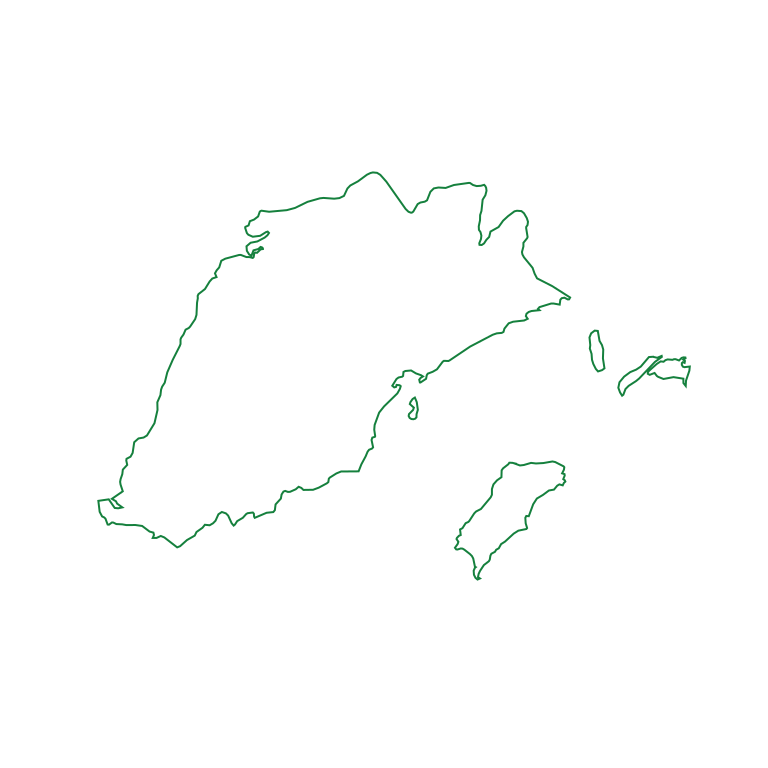 SVG path tracing the border of Sumatera Utara, rotated 259°
{"feature_id": "IDN-381", "entity_name": "Sumatera Utara", "entity_type": "Province", "adm_level": 1, "iso_a3": "IDN", "parent_name": "Indonesia", "parent_adm1": "", "projection": "albers", "projection_center": [98.746, 1.854], "detail": "fine", "context": "isolated", "style": "outline", "palette": "green", "viewbox_px": 768, "rotation_deg": 259, "n_neighbors": 0, "source": "natural_earth", "source_scale": "10m", "svg_char_len": 6155}
<svg xmlns="http://www.w3.org/2000/svg" viewBox="0 0 768 768"><g transform="rotate(259 384 384)"><path d="M433.4,583.2L431.8,581.9L431.9,580.6L434.3,577.6L434.3,574.8L433.1,573.2L428.4,571.6L430.6,565.9L431.1,563.4L429.8,551.3L428.4,549.5L426.8,550.7L427.5,542.7L427.1,539.8L425.8,537.3L423.6,536.2L420.6,537.5L419.6,533.7L420.5,522.6L419.8,518.0L415.4,512.8L412.3,511.2L411.7,509.3L412.2,504.4L411.6,500.1L404.3,475.7L394.6,452.8L394.3,451.6L395.3,447.3L394.7,445.9L388.3,438.8L386.7,434.1L385.8,428.9L384.4,427.6L381.1,426.3L378.5,420.1L378.7,419.5L381.5,419.4L383.0,421.1L384.0,423.7L385.6,422.0L388.3,417.4L392.1,413.2L392.7,407.4L392.1,405.4L388.3,404.3L387.7,403.3L387.6,399.5L386.5,397.2L380.7,391.8L378.7,393.4L378.9,395.3L380.7,396.2L379.8,399.1L378.7,400.0L376.2,398.7L372.2,395.3L362.0,379.8L356.9,373.8L345.6,367.0L341.0,365.7L334.5,365.4L333.9,365.0L333.6,362.3L331.4,361.1L323.9,361.2L322.9,359.9L322.3,356.8L320.7,355.0L316.5,352.2L309.4,346.4L303.1,342.4L306.3,325.2L305.3,320.2L302.5,313.0L301.6,311.8L298.3,310.6L297.4,308.9L294.7,300.2L293.7,294.2L295.4,284.7L297.8,283.0L299.4,280.6L297.5,277.3L296.1,271.2L296.4,269.1L297.9,266.6L297.6,264.8L295.1,262.4L291.2,260.9L286.5,254.6L281.0,252.8L279.4,250.9L280.0,244.2L277.3,231.6L278.5,231.2L281.6,231.5L282.9,230.7L283.2,225.5L282.7,224.0L279.6,219.9L277.4,213.7L274.5,210.9L273.7,209.4L276.4,207.9L284.6,205.9L287.2,204.1L289.3,200.4L287.7,196.6L281.9,192.5L279.9,189.6L278.6,185.9L280.0,181.3L277.5,178.4L274.5,171.7L271.3,169.3L268.4,160.8L263.7,152.9L263.1,149.8L275.3,139.1L277.4,135.9L276.3,131.3L277.0,127.6L279.7,129.4L282.1,129.3L283.9,125.7L290.8,119.5L293.0,113.1L294.7,104.1L296.2,100.2L297.6,94.5L299.6,91.9L300.0,90.6L298.4,87.2L298.8,85.9L304.9,84.9L306.4,83.9L307.8,82.0L312.8,80.5L323.8,81.3L323.3,91.8L313.7,96.0L312.7,99.4L312.8,103.6L317.5,99.2L320.0,98.5L323.2,95.0L328.5,107.1L335.6,106.2L338.3,106.3L340.9,107.3L345.4,109.9L349.8,111.3L353.6,116.5L358.1,116.4L359.7,117.0L361.0,121.3L364.3,124.1L374.5,127.7L377.4,132.6L377.3,137.8L378.7,141.5L389.3,151.2L401.7,156.7L409.3,158.0L415.7,162.4L421.0,164.1L423.7,165.7L427.1,169.0L436.8,173.5L448.0,181.2L460.2,190.7L462.1,191.9L466.7,192.8L468.2,193.8L470.8,196.6L475.2,199.6L476.2,203.0L477.3,204.6L483.7,211.0L487.6,213.1L499.5,216.0L503.7,217.6L506.0,217.9L507.6,219.0L511.4,226.4L517.9,232.4L520.3,235.6L520.9,240.0L524.9,239.2L527.5,241.4L529.9,244.5L536.0,247.8L537.3,252.1L538.3,266.4L538.0,268.1L534.9,273.1L534.2,276.3L532.8,279.2L533.5,280.3L536.6,281.4L537.7,282.6L537.0,284.4L539.7,288.6L539.6,290.9L540.3,291.0L541.4,290.3L542.1,289.0L540.5,286.4L540.1,281.4L535.3,278.4L536.8,276.4L540.9,274.8L545.4,275.3L548.1,280.0L548.1,286.9L550.5,294.8L552.2,297.9L554.2,299.9L555.8,298.9L555.6,297.1L553.1,290.7L553.6,283.3L556.4,279.3L558.3,278.2L563.8,277.5L564.7,277.9L565.5,281.3L569.4,283.4L570.2,287.8L572.5,292.4L576.8,294.9L577.3,295.7L577.5,296.8L575.0,304.1L573.2,321.7L573.8,330.2L577.4,343.7L578.5,356.5L578.2,360.1L575.4,370.5L575.0,375.7L576.3,380.6L582.9,385.4L585.3,388.8L587.9,397.1L592.7,407.2L593.7,411.0L593.8,413.5L592.6,417.5L590.0,420.3L582.2,424.9L551.7,438.6L548.4,440.9L547.1,443.0L546.9,444.0L547.6,445.6L554.2,451.4L555.2,454.4L555.2,458.8L556.1,461.3L563.8,466.2L566.5,470.2L566.5,474.9L564.7,481.9L566.0,490.6L565.2,505.8L564.9,506.8L562.4,509.3L560.6,512.7L560.1,516.9L560.4,520.3L559.0,521.2L557.1,521.7L554.1,521.5L549.9,519.5L546.1,516.0L535.3,512.7L531.5,510.6L526.4,509.5L520.7,507.1L517.2,506.6L514.7,507.7L511.1,507.9L507.9,506.9L504.0,504.4L502.4,504.3L501.8,506.4L502.9,509.0L506.0,512.0L508.3,515.3L513.3,517.6L516.2,526.4L521.6,532.1L525.1,537.8L528.6,545.0L528.7,547.6L527.5,551.9L524.9,554.0L519.7,555.8L515.8,556.3L512.6,555.2L511.1,553.6L510.0,553.3L500.9,553.0L499.8,552.3L496.0,547.8L492.4,547.1L487.2,544.6L484.7,544.6L481.6,545.6L469.7,552.0L463.6,552.9L458.5,554.4L448.0,567.8L433.4,583.2ZM281.5,490.7L282.8,492.0L282.2,494.8L280.2,499.2L280.2,498.4L278.1,501.9L277.8,505.8L278.5,513.3L277.0,518.0L276.0,525.3L275.8,534.6L274.7,537.2L268.9,544.6L267.9,545.1L265.6,544.3L262.3,541.8L261.1,544.0L259.6,543.9L256.4,541.8L255.0,543.1L253.6,543.4L252.6,541.7L250.4,540.1L252.0,537.0L251.1,534.6L247.9,530.7L248.0,525.6L244.8,518.9L242.4,512.2L237.5,507.5L226.6,500.9L227.3,498.5L225.7,497.2L220.2,496.5L215.3,497.0L214.5,496.1L214.4,487.9L212.4,482.8L206.2,472.7L204.5,468.4L200.8,465.3L199.9,462.5L198.1,460.9L196.9,457.0L195.2,455.7L191.4,454.3L190.0,453.1L187.2,447.5L182.2,442.6L179.6,440.7L176.5,439.4L174.8,441.1L174.2,438.5L176.3,436.8L179.6,435.9L183.6,436.4L186.2,438.1L186.7,439.1L187.3,438.4L195.6,438.3L198.3,437.5L200.7,435.9L206.1,431.2L207.4,429.7L207.9,428.0L207.5,424.5L207.9,423.3L209.7,422.4L212.8,425.7L214.9,426.9L218.0,425.6L219.0,426.2L220.7,428.6L221.1,430.5L226.7,430.9L227.5,433.5L231.8,437.6L232.5,440.5L233.3,441.6L239.8,447.9L241.3,450.1L242.8,455.3L252.4,467.1L254.7,468.8L260.3,469.9L264.6,472.3L267.9,476.6L270.1,481.5L276.8,483.0L278.5,484.8L281.5,490.7ZM352.7,671.8L353.0,673.4L352.7,675.0L350.8,678.1L352.8,681.1L353.0,683.1L352.5,684.9L351.7,684.9L350.8,682.4L349.2,683.8L347.4,683.1L348.4,681.5L347.7,680.4L346.0,680.0L344.0,680.7L343.2,682.1L342.8,687.5L338.8,686.3L329.7,681.1L324.5,679.8L327.8,678.1L332.1,678.9L335.5,669.5L335.6,659.3L338.7,654.5L339.8,653.4L343.2,651.7L342.3,646.6L343.7,644.9L345.1,645.2L346.4,646.7L351.6,655.5L353.4,659.9L352.5,662.7L353.7,664.8L354.0,667.1L352.7,671.8ZM350.0,634.3L352.1,639.4L359.9,649.2L359.3,654.2L359.3,653.4L357.6,657.2L358.6,661.9L357.6,661.9L354.0,654.2L340.7,635.5L338.8,632.0L335.5,623.8L333.0,620.1L327.8,616.9L327.1,615.5L330.7,614.1L335.6,613.3L340.8,615.5L345.4,621.1L348.7,628.0L350.0,634.3ZM358.4,594.8L363.7,593.3L368.1,592.8L374.0,593.5L379.5,592.8L382.8,593.9L390.5,594.6L394.2,597.0L396.2,601.0L395.3,604.0L385.2,603.8L380.6,605.4L376.0,605.8L367.4,603.8L357.3,603.4L356.0,600.7L355.5,596.5L358.4,594.8ZM359.4,405.5L361.3,406.6L363.8,409.2L364.8,411.7L359.9,412.7L352.2,412.3L348.2,410.2L345.1,409.5L344.0,408.0L343.8,406.2L344.4,404.2L345.8,402.7L347.9,402.1L349.7,402.8L353.0,407.6L355.1,408.8L359.4,405.5Z" fill="none" stroke="#15803d" stroke-width="2"/></g></svg>